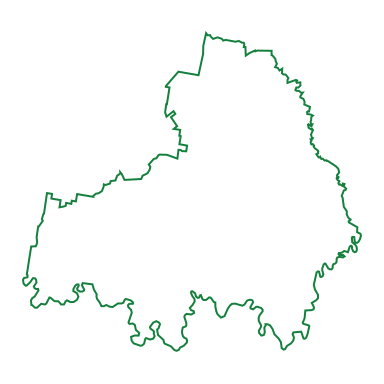 Albury, New South Wales, Australia (Equal Earth projection)
{"feature_id": "25037944B24790092852260", "entity_name": "Albury", "entity_type": "district", "adm_level": 2, "iso_a3": "AUS", "parent_name": "Australia", "parent_adm1": "New South Wales", "projection": "equal_earth", "projection_center": [146.995, -36.015], "detail": "fine", "context": "isolated", "style": "outline", "palette": "green", "viewbox_px": 384, "rotation_deg": 0, "n_neighbors": 0, "source": "geoboundaries", "source_scale": "gbopen_adm2", "svg_char_len": 5979}
<svg xmlns="http://www.w3.org/2000/svg" viewBox="0 0 384 384"><path d="M26.8,274.5L27.6,275.2L27.4,277.3L24.0,278.0L23.0,279.9L23.6,283.6L25.6,285.7L26.5,285.7L30.3,282.1L32.9,278.2L35.2,278.4L36.1,279.9L36.5,282.5L33.8,286.5L34.6,288.2L36.1,289.0L38.0,288.9L38.5,290.4L34.7,296.5L32.3,298.1L31.0,300.4L31.4,305.0L32.4,305.2L34.8,307.6L36.9,307.8L41.2,303.8L45.0,304.5L46.3,303.6L49.4,297.5L50.4,297.7L54.6,301.2L58.4,301.3L61.2,304.5L64.0,304.4L65.6,301.4L67.0,300.3L70.4,302.1L73.7,302.0L77.0,299.8L78.4,296.8L77.0,293.2L73.3,291.1L73.5,288.8L75.5,285.4L77.1,284.4L78.5,284.5L78.7,285.8L77.1,288.5L77.6,290.2L79.8,291.5L82.5,291.5L83.9,290.7L84.2,289.5L81.9,285.2L82.7,283.1L92.4,284.3L93.9,289.5L96.7,294.3L96.4,296.2L97.0,298.8L99.6,302.3L101.4,306.1L103.9,306.2L106.2,305.0L109.7,306.7L112.7,307.0L118.0,303.4L121.4,303.5L123.3,302.8L124.7,299.9L125.8,299.0L130.6,300.3L132.7,302.0L133.1,303.2L132.8,303.8L129.3,303.8L128.0,305.2L128.3,307.1L131.0,309.7L131.8,312.6L128.5,322.5L129.4,323.9L132.7,323.5L134.8,324.9L135.9,329.9L139.2,332.9L138.6,335.6L134.7,335.5L131.1,336.8L131.7,340.8L133.7,343.4L140.3,345.7L141.8,345.6L144.1,343.7L145.3,338.8L146.0,338.1L150.2,339.5L153.1,338.7L154.6,336.3L153.7,333.2L154.0,332.1L153.6,330.9L150.4,328.6L150.0,327.0L153.1,322.7L156.3,321.2L158.8,322.4L160.0,324.1L158.5,328.4L157.1,329.6L158.0,334.9L163.5,340.0L164.0,342.6L164.8,343.7L170.9,346.3L174.3,349.9L176.4,350.8L178.7,350.0L180.2,347.5L183.7,345.8L186.8,342.6L187.1,340.4L186.3,338.6L184.4,337.8L183.0,336.3L182.1,333.3L182.1,330.5L182.8,327.5L185.9,326.3L186.3,325.3L186.3,322.8L184.3,316.9L184.8,315.4L186.5,313.9L191.3,314.5L194.1,312.9L193.7,311.1L191.0,310.1L189.8,308.0L192.4,305.2L194.7,301.4L194.4,298.7L192.5,296.4L191.0,292.9L191.3,291.4L192.4,291.3L195.1,293.3L196.0,296.5L197.9,297.9L199.2,297.5L200.0,295.4L200.9,295.1L202.4,299.0L203.6,300.0L206.2,299.9L209.2,297.4L210.7,297.6L214.0,302.2L215.3,302.4L215.4,306.9L216.3,311.3L217.5,314.2L221.0,317.6L224.5,316.1L227.8,308.7L230.1,305.4L231.9,303.9L235.1,303.6L242.4,305.7L244.5,304.5L247.1,300.6L249.4,299.8L251.3,299.9L252.4,300.4L253.1,302.3L250.5,306.8L250.3,307.9L250.8,308.6L253.2,309.3L256.1,306.9L257.3,306.7L261.1,308.0L262.6,309.6L262.6,311.4L259.6,315.2L258.7,317.7L258.7,320.8L261.2,325.5L260.9,327.1L258.9,330.7L259.2,333.1L261.4,335.6L263.8,335.0L264.8,332.3L264.3,327.8L266.1,324.6L265.8,324.3L267.4,324.2L270.2,325.5L272.6,329.1L274.4,334.2L278.7,338.6L280.9,342.2L281.7,348.2L283.7,349.6L285.1,349.1L287.0,345.9L291.0,343.4L293.2,340.7L294.0,337.6L292.6,334.2L293.4,332.4L301.2,331.7L303.5,338.5L304.7,338.8L306.2,337.7L307.6,333.9L309.3,326.1L308.7,325.4L303.4,323.8L302.7,322.8L304.6,318.3L305.3,310.5L311.8,310.1L313.6,309.2L314.0,307.3L311.8,302.9L316.1,300.3L318.0,298.2L318.0,294.8L315.0,289.6L313.8,284.9L316.6,272.5L317.8,271.4L319.1,271.7L320.2,276.6L320.9,277.0L322.5,276.4L323.4,274.2L322.2,270.2L322.3,268.3L323.7,264.4L324.8,263.5L325.5,263.7L328.2,268.3L329.7,269.3L331.6,269.3L332.7,267.8L332.7,265.8L333.3,264.3L335.5,263.4L336.5,262.1L336.7,258.6L337.3,257.5L339.5,256.8L343.0,257.4L344.6,256.4L343.1,255.0L339.2,255.0L338.5,254.1L338.8,253.1L341.6,252.8L344.2,251.0L347.9,252.2L349.6,246.9L350.5,245.9L351.4,245.8L352.0,246.5L352.0,248.6L353.2,251.3L354.7,252.2L356.2,251.6L356.9,249.8L356.7,247.1L355.3,244.8L352.2,242.2L351.9,237.5L352.4,236.9L354.3,237.1L354.7,241.6L355.6,242.6L357.1,242.8L358.3,242.1L359.9,239.3L361.0,235.5L360.3,233.7L357.1,232.2L357.3,227.2L348.8,222.4L348.7,221.2L350.4,220.1L350.6,219.4L349.1,218.6L347.7,216.6L346.7,214.1L346.8,211.3L343.8,206.8L342.6,197.6L341.7,195.9L343.9,190.4L345.6,189.9L346.1,188.6L343.7,186.3L344.5,184.0L342.9,183.6L343.1,185.1L342.3,185.9L340.2,184.4L339.2,184.6L338.4,183.4L339.3,181.1L337.7,180.2L336.6,178.4L336.9,177.6L338.3,177.9L338.5,177.4L338.4,176.8L337.2,176.7L337.0,175.2L339.2,172.4L338.3,168.8L335.9,166.3L327.7,160.9L326.7,160.9L326.4,160.3L324.5,160.5L322.7,158.7L321.3,158.9L320.2,156.8L319.7,157.5L318.6,157.4L316.4,154.2L318.1,153.4L317.9,152.1L318.3,151.5L317.8,150.4L314.9,148.4L313.6,146.5L314.1,145.6L312.7,144.1L311.5,144.4L310.9,143.8L310.7,141.7L311.5,140.8L310.6,139.3L312.5,138.8L312.8,138.1L312.0,138.0L311.0,134.5L313.0,130.0L311.9,128.6L311.2,129.4L308.6,127.8L308.0,124.7L308.5,124.2L311.1,126.2L311.6,125.9L312.4,124.3L311.1,124.3L310.6,121.6L311.1,120.3L311.3,117.1L312.9,115.6L310.6,114.5L307.3,114.1L307.1,112.0L307.6,111.4L309.0,111.5L310.0,106.9L304.3,104.5L304.6,101.8L303.4,98.9L300.3,97.4L300.3,96.3L302.8,92.6L301.2,92.8L299.0,90.9L296.5,90.8L295.4,90.1L296.3,87.5L298.4,87.5L300.4,85.6L300.3,82.4L296.7,82.8L296.3,81.8L297.1,80.5L295.9,79.9L287.5,82.9L287.5,80.0L288.4,78.1L285.8,74.7L283.2,74.3L282.0,73.4L282.2,68.7L279.5,70.5L277.8,67.9L275.1,67.2L276.9,63.8L275.7,61.2L275.3,58.8L272.4,55.4L271.6,55.2L271.6,50.8L257.1,50.6L255.4,51.3L255.1,50.5L249.6,53.0L245.8,55.6L245.4,47.0L243.8,47.0L244.3,44.3L243.7,42.7L242.0,42.7L238.9,41.0L235.4,41.7L225.7,39.9L223.3,40.6L221.7,38.7L217.5,37.4L213.1,38.9L210.8,36.6L210.0,35.1L207.6,35.3L206.1,33.2L203.3,45.7L203.1,54.0L198.5,75.2L178.4,71.7L165.9,86.1L165.8,86.8L169.5,87.5L166.9,104.2L166.3,104.1L165.1,112.3L166.5,116.7L173.5,111.2L175.3,113.9L171.0,117.2L177.1,126.2L173.8,128.9L180.2,129.9L179.3,135.8L180.7,136.1L179.4,144.2L187.1,145.6L186.2,151.3L182.0,151.1L180.8,150.1L178.5,149.8L177.4,158.6L166.9,154.8L159.8,154.6L158.4,155.2L156.4,158.3L153.8,158.9L148.8,164.6L150.3,166.6L149.7,169.6L147.5,173.3L142.6,175.7L141.2,179.0L124.5,179.9L121.8,174.1L120.2,172.1L120.2,173.6L117.1,175.8L115.4,180.5L110.6,181.1L110.1,183.5L105.5,185.0L103.9,184.4L103.6,186.8L101.9,191.1L98.7,193.2L95.9,193.7L93.0,196.2L93.2,196.8L77.1,194.1L75.9,201.4L71.8,200.7L71.3,203.9L66.2,202.9L65.7,205.8L63.9,206.5L59.5,207.3L60.6,200.1L51.4,198.6L52.0,193.9L47.0,193.1L44.0,213.6L43.3,214.2L41.9,219.2L42.8,220.9L38.7,226.6L38.2,226.5L36.6,237.1L37.2,242.8L35.8,246.3L31.2,246.5L26.8,274.5Z" fill="none" stroke="#15803d" stroke-width="2"/></svg>